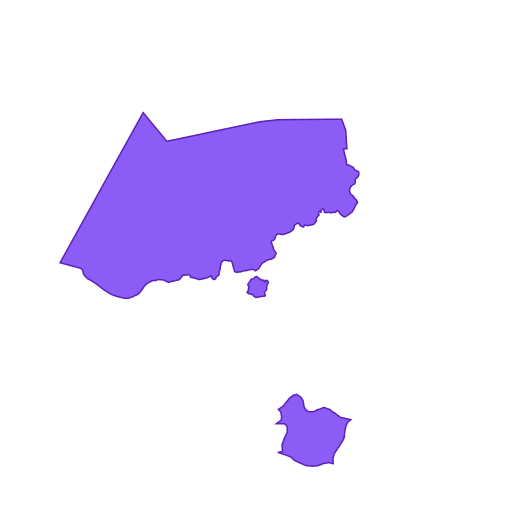 the district of Kota Sibolga, Sumatera Utara, Indonesia, rotated 299°
{"feature_id": "22746128B47009036461165", "entity_name": "Kota Sibolga", "entity_type": "district", "adm_level": 2, "iso_a3": "IDN", "parent_name": "Indonesia", "parent_adm1": "Sumatera Utara", "projection": "mercator", "projection_center": [98.783, 1.731], "detail": "fine", "context": "isolated", "style": "filled", "palette": "violet", "viewbox_px": 512, "rotation_deg": 299, "n_neighbors": 0, "source": "geoboundaries", "source_scale": "gbopen_adm2", "svg_char_len": 4778}
<svg xmlns="http://www.w3.org/2000/svg" viewBox="0 0 512 512"><g transform="rotate(299 256 256)"><path d="M336.0,316.4L341.1,318.7L344.0,318.8L344.7,318.8L346.2,318.7L347.8,318.6L349.0,318.7L350.0,318.7L351.5,318.9L352.0,318.8L352.3,318.1L352.7,318.2L353.9,316.1L354.1,315.0L354.6,313.8L354.7,313.3L355.3,312.6L355.4,312.0L355.8,311.3L355.8,310.8L355.7,309.7L356.0,309.0L356.1,308.8L356.4,308.1L357.2,307.5L358.1,306.3L359.4,305.7L359.6,305.6L360.2,305.5L361.2,305.2L361.9,305.3L362.5,305.3L363.7,305.6L364.8,306.0L366.0,306.5L366.5,307.1L367.1,307.4L369.0,307.0L370.3,306.1L371.0,305.7L372.0,305.6L373.8,306.6L375.0,306.8L375.3,306.8L376.6,306.6L378.2,305.9L378.8,305.5L379.4,304.9L379.5,304.3L379.3,302.7L379.3,300.9L379.4,300.1L379.8,299.3L380.3,299.0L380.2,298.6L380.7,297.1L380.6,295.8L380.4,294.8L380.5,294.2L380.6,292.8L380.0,291.6L379.8,291.0L383.6,288.4L384.1,287.9L384.5,287.5L389.3,282.9L392.3,280.6L393.8,283.5L409.6,273.4L417.2,264.6L405.0,243.0L385.9,209.2L375.3,194.3L367.3,185.0L357.0,173.1L313.1,122.4L326.7,87.8L310.5,87.8L255.8,87.8L190.9,87.9L176.2,87.9L164.2,87.9L155.1,87.9L160.2,108.4L160.1,109.6L159.7,111.0L158.3,112.4L156.6,113.9L155.3,116.8L154.5,119.9L154.6,124.2L154.4,127.0L154.2,129.9L153.8,131.9L153.4,135.0L152.9,137.6L152.7,140.0L152.5,142.7L152.3,148.2L153.0,153.0L154.8,159.9L156.0,163.1L157.0,164.6L158.3,165.9L160.0,167.2L161.0,168.4L162.5,169.0L163.8,170.3L165.6,171.5L168.9,172.3L171.1,172.6L174.5,172.9L177.7,173.5L179.8,174.4L184.1,177.2L185.4,179.0L185.8,180.1L187.6,181.3L189.0,184.1L190.2,186.5L190.3,189.2L190.3,190.2L190.6,191.3L190.4,191.8L190.8,192.5L192.0,193.7L193.5,195.3L194.8,196.9L196.2,198.0L197.0,199.5L198.9,200.6L201.1,200.9L203.6,201.3L204.6,202.8L206.2,205.0L207.1,206.5L207.3,207.5L205.8,208.9L205.9,209.9L206.3,210.6L206.7,212.6L207.4,215.4L207.7,217.3L208.2,218.3L212.9,223.5L215.5,225.5L216.9,226.6L215.2,228.4L214.9,230.5L216.3,231.7L218.8,231.5L219.9,232.0L221.0,232.8L224.2,231.5L227.0,231.1L228.6,230.2L230.9,229.6L233.0,229.0L235.3,229.1L236.9,230.3L237.7,232.1L238.3,234.4L239.6,236.4L239.1,237.9L237.4,239.6L235.4,241.5L233.8,243.2L232.3,244.6L232.0,245.4L232.3,246.8L233.6,248.6L235.0,250.7L236.4,251.7L237.6,253.2L238.6,254.8L240.7,256.8L242.4,259.0L243.0,260.6L242.8,262.8L244.0,263.4L246.1,264.4L248.6,264.6L252.2,264.8L252.8,265.0L255.7,266.6L258.7,268.5L260.7,271.0L263.8,272.8L268.2,272.3L270.2,268.4L271.6,267.1L272.5,266.1L273.1,265.4L275.8,262.4L277.5,262.7L278.0,263.7L280.3,264.2L282.7,263.5L284.8,263.5L286.7,265.8L287.4,268.4L288.3,269.7L291.2,272.2L291.9,272.8L293.1,273.9L295.4,275.1L297.5,275.7L298.9,275.6L300.5,275.1L301.8,274.7L303.2,275.5L304.9,276.6L305.3,277.8L304.0,279.6L304.2,283.3L307.1,283.9L307.5,286.4L309.4,288.6L311.7,291.1L312.9,291.4L313.2,291.4L316.0,291.9L317.0,291.1L317.5,290.5L318.9,290.7L320.5,290.7L322.1,291.2L322.7,291.2L323.4,289.9L325.6,289.7L326.0,290.1L325.7,291.4L326.3,291.7L327.0,290.6L327.6,290.6L328.4,291.0L329.2,291.3L329.9,291.7L329.3,292.8L327.4,294.9L327.6,296.0L329.6,298.5L329.7,299.9L331.6,302.4L332.7,304.2L333.8,304.7L335.2,304.8L335.2,306.2L333.5,309.6L332.8,314.1L333.7,315.2L336.0,316.4ZM152.2,356.1L148.1,354.3L138.4,352.6L136.2,351.8L132.7,349.9L131.6,353.4L130.1,354.5L127.8,356.4L124.4,357.6L119.2,355.1L123.1,362.3L122.2,365.7L117.1,368.8L110.1,369.2L103.4,370.3L97.8,374.0L94.8,370.3L96.3,378.1L97.1,383.8L95.9,388.6L96.3,395.4L97.1,401.8L99.5,407.1L102.3,411.4L105.2,414.1L106.4,414.8L109.3,418.3L110.4,419.5L111.8,424.2L116.5,421.4L120.3,420.4L123.1,420.4L128.8,420.9L137.8,421.4L141.6,420.9L140.6,420.7L146.3,418.5L149.5,417.4L154.7,416.7L158.8,418.2L157.2,412.8L155.8,408.0L156.7,401.8L156.9,398.7L156.9,397.2L157.6,395.3L156.5,389.0L155.8,388.2L152.9,386.1L152.0,384.7L148.2,382.3L146.3,379.5L145.2,376.3L146.3,372.8L147.2,371.4L152.4,367.1L154.3,363.5L154.7,358.7L152.2,356.1ZM229.3,262.9L228.0,262.5L226.7,262.9L226.1,263.9L225.9,264.8L224.6,265.0L222.5,265.7L221.8,266.1L221.2,266.3L220.8,266.0L220.6,265.8L220.0,265.8L219.9,266.3L219.7,267.1L219.3,267.3L219.4,267.9L219.8,268.6L220.2,269.7L220.4,270.4L220.1,270.9L220.4,271.3L220.6,272.3L219.8,273.8L219.6,275.2L219.9,276.4L220.7,277.0L221.0,277.7L221.4,278.0L221.7,278.8L222.3,279.2L223.1,280.0L223.5,280.8L223.9,281.2L224.1,281.7L224.7,282.5L225.2,283.2L226.0,283.3L227.5,281.8L228.0,281.1L229.5,281.1L231.5,281.5L231.9,281.7L233.0,280.9L234.7,280.0L235.5,279.8L236.0,279.7L237.6,279.8L238.5,279.6L239.3,279.2L239.7,278.6L239.9,277.6L239.7,276.7L239.3,276.3L238.6,276.3L238.2,276.5L237.8,276.5L237.8,275.3L238.6,274.6L238.5,274.3L238.0,273.6L238.0,272.9L238.0,272.3L237.6,271.9L237.7,271.3L237.8,270.4L238.4,266.5L237.1,265.3L235.6,265.1L234.7,264.6L234.1,263.7L233.0,263.0L232.2,263.1L230.5,263.1L229.3,262.9Z" fill="#8b5cf6" stroke="#5b21b6" stroke-width="1.5"/></g></svg>